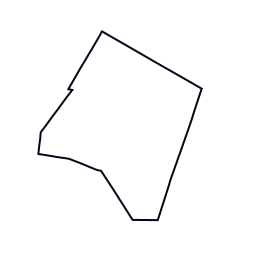 outline of Comuna 6, Ciudad de Buenos Aires, Argentina, rotated 220°
{"feature_id": "61730980B491501502306", "entity_name": "Comuna 6", "entity_type": "district", "adm_level": 2, "iso_a3": "ARG", "parent_name": "Argentina", "parent_adm1": "Ciudad de Buenos Aires", "projection": "mercator", "projection_center": [-58.443, -34.617], "detail": "fine", "context": "isolated", "style": "outline", "palette": "ink", "viewbox_px": 256, "rotation_deg": 220, "n_neighbors": 0, "source": "geoboundaries", "source_scale": "gbopen_adm2", "svg_char_len": 1819}
<svg xmlns="http://www.w3.org/2000/svg" viewBox="0 0 256 256"><g transform="rotate(220 128 128)"><path d="M60.9,112.6L62.8,117.3L65.2,123.8L66.6,127.5L68.5,132.7L70.7,138.4L71.0,139.3L73.7,146.6L76.2,153.2L78.6,159.5L80.9,165.7L82.2,169.0L83.1,171.4L85.6,177.7L85.6,177.9L86.0,178.5L88.3,184.1L90.9,190.5L91.8,192.7L92.2,193.9L94.4,199.3L94.9,200.6L96.8,205.5L101.7,204.6L106.9,203.7L108.3,203.5L111.1,202.9L112.1,202.8L115.3,202.2L120.3,201.3L121.9,201.0L129.2,199.7L136.2,198.4L141.6,197.4L151.7,195.6L156.0,194.9L162.5,193.7L169.4,192.5L173.5,191.8L177.8,191.0L183.6,190.0L184.6,189.8L190.9,188.7L196.9,187.6L202.6,186.6L203.6,186.4L206.6,185.9L208.5,185.6L210.0,185.3L209.7,183.8L209.0,180.1L208.8,179.0L208.7,178.3L208.1,175.0L207.8,173.4L206.8,167.4L206.6,166.5L205.3,158.0L205.0,156.7L204.6,153.9L204.0,150.3L203.1,144.4L203.0,144.2L202.9,143.3L201.8,137.1L201.6,136.1L200.7,130.9L198.8,120.2L198.6,119.4L195.1,121.3L194.8,113.4L194.6,109.5L194.1,101.6L194.0,100.9L193.7,97.4L193.7,96.2L193.5,92.0L193.3,88.1L193.0,84.0L192.9,82.9L192.7,79.6L192.6,78.6L192.4,74.7L192.1,68.6L188.2,63.1L184.6,57.4L180.0,50.5L177.6,51.9L177.3,52.1L172.5,55.0L171.7,55.5L170.8,56.0L165.0,59.4L163.9,60.0L163.2,60.5L162.5,60.9L162.4,60.9L158.8,63.2L156.4,64.7L153.2,66.6L152.8,66.7L148.9,68.0L148.1,68.3L142.9,70.1L142.3,70.3L136.7,72.1L136.0,72.3L130.6,74.0L126.2,75.4L123.7,76.4L121.1,77.9L117.5,76.8L108.2,74.0L107.2,73.7L102.9,72.4L101.0,71.8L100.6,71.7L99.4,71.3L99.2,71.2L97.1,70.6L94.8,69.9L92.9,69.3L90.5,68.5L90.0,68.3L85.7,67.0L81.2,65.6L78.8,64.8L77.5,64.4L74.0,63.3L67.1,61.1L65.3,60.6L63.9,61.8L60.6,64.5L59.9,65.1L56.0,68.3L51.3,72.2L50.9,72.5L48.5,74.5L46.9,75.8L46.0,76.5L48.3,82.3L50.9,88.5L53.4,94.8L55.8,100.6L56.1,101.4L58.2,106.4L60.4,111.8L60.9,112.6Z" fill="none" stroke="#020617" stroke-width="2"/></g></svg>